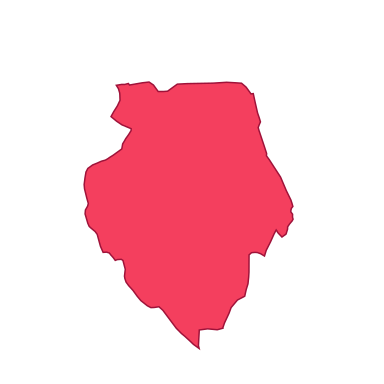 outline of Duhok, Dihok, Iraq, rotated 234°
{"feature_id": "34846034B6031553398703", "entity_name": "Duhok", "entity_type": "district", "adm_level": 2, "iso_a3": "IRQ", "parent_name": "Iraq", "parent_adm1": "Dihok", "projection": "robinson", "projection_center": [43.064, 36.944], "detail": "fine", "context": "isolated", "style": "filled", "palette": "rose", "viewbox_px": 384, "rotation_deg": 234, "n_neighbors": 0, "source": "geoboundaries", "source_scale": "gbopen_adm2", "svg_char_len": 2030}
<svg xmlns="http://www.w3.org/2000/svg" viewBox="0 0 384 384"><g transform="rotate(234 192 192)"><path d="M195.4,84.6L193.6,87.5L192.1,88.6L191.2,89.3L189.1,89.3L185.1,89.7L181.8,89.7L181.2,91.9L179.1,95.2L177.2,95.9L168.7,92.6L163.6,87.9L161.4,86.8L157.8,85.7L153.5,85.7L147.2,86.4L139.6,86.4L134.1,86.8L126.2,89.0L122.6,90.8L120.7,93.7L118.6,97.8L113.5,98.9L91.0,99.2L83.7,100.3L79.4,101.4L76.4,102.0L74.0,102.5L67.9,103.6L61.2,105.8L63.9,106.9L68.5,110.6L76.1,116.8L72.1,124.2L65.7,131.5L63.6,137.0L64.2,137.4L67.0,141.4L72.1,150.6L75.5,155.7L76.7,160.5L77.9,165.3L76.7,173.4L81.2,178.5L84.8,183.3L89.7,187.7L93.7,191.0L107.6,201.2L107.9,204.5L106.1,207.5L104.6,209.3L101.8,211.2L97.6,213.0L101.2,217.8L105.5,226.2L109.7,233.5L111.8,237.8L110.8,237.8L109.1,237.6L108.5,237.6L108.0,237.6L102.7,238.3L102.7,243.4L105.8,247.5L107.6,248.9L108.8,252.2L109.4,254.6L109.7,255.9L110.6,257.8L112.5,258.5L114.9,260.3L116.0,260.3L116.9,260.3L117.9,260.3L119.2,261.4L120.4,262.9L121.0,265.1L124.0,266.2L127.4,267.3L137.7,269.1L152.0,272.4L172.7,273.5L173.7,273.5L176.5,273.5L177.5,273.5L179.3,275.0L187.3,277.6L202.2,282.3L205.2,283.4L206.7,285.6L208.5,288.6L212.5,290.0L217.4,291.5L227.7,295.9L235.6,299.4L236.7,297.4L245.1,297.4L250.9,296.0L255.1,291.0L260.4,284.5L267.7,273.0L282.5,251.8L287.9,243.5L287.9,231.5L290.2,227.8L293.2,223.7L301.2,223.7L306.2,221.9L309.6,215.9L315.3,204.3L317.2,204.3L318.5,200.9L320.4,198.3L322.8,193.5L318.8,193.2L314.6,191.7L312.8,190.6L310.6,189.1L308.5,187.7L305.5,182.2L303.0,175.9L300.6,170.8L296.3,171.9L293.6,172.6L287.5,174.8L279.0,180.0L277.5,178.9L275.7,174.5L274.1,169.7L272.9,167.1L271.7,164.2L268.1,160.5L268.1,156.5L268.1,153.5L268.1,149.9L268.4,145.5L268.4,143.6L268.7,140.7L270.2,136.7L271.1,132.3L272.3,127.5L272.3,121.6L270.5,118.0L266.5,113.9L261.4,109.1L257.7,106.9L248.9,103.3L243.7,101.4L241.9,99.2L240.1,95.2L237.1,92.6L234.0,91.5L227.9,89.3L224.6,88.6L222.5,89.0L217.0,90.4L213.4,90.4L205.8,87.5L201.8,86.0L195.4,84.6Z" fill="#f43f5e" stroke="#9f1239" stroke-width="1.5"/></g></svg>